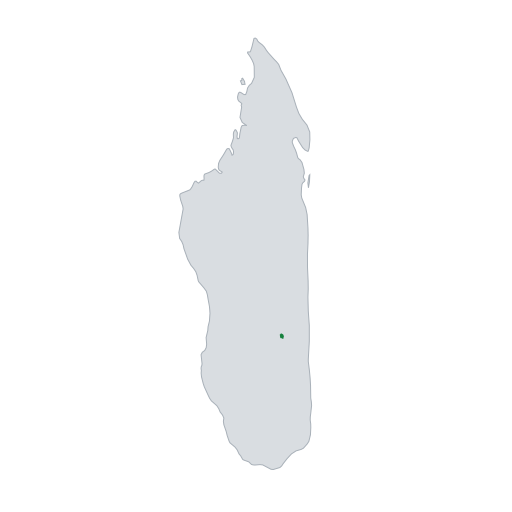 Fianarantsoa I, Haute Matsiatra, Madagascar (highlighted), rotated 345°
{"feature_id": "10022922B21478747844721", "entity_name": "Fianarantsoa I", "entity_type": "district", "adm_level": 2, "iso_a3": "MDG", "parent_name": "Madagascar", "parent_adm1": "Haute Matsiatra", "projection": "equal_earth", "projection_center": [47.084, -21.453], "detail": "fine", "context": "in_parent", "style": "filled", "palette": "green", "viewbox_px": 512, "rotation_deg": 345, "n_neighbors": 0, "source": "geoboundaries", "source_scale": "gbopen_adm2", "svg_char_len": 4174}
<svg xmlns="http://www.w3.org/2000/svg" viewBox="0 0 512 512"><g transform="rotate(345 256 256)"><path d="M318.2,56.5L319.2,59.8L320.5,63.0L324.4,70.7L326.1,73.7L327.5,76.8L328.2,83.1L330.7,92.9L333.0,107.6L333.6,122.6L334.3,129.5L336.1,135.9L339.1,142.7L340.0,150.1L338.1,157.8L335.4,165.1L334.7,166.4L333.5,168.3L332.9,168.2L330.8,166.3L329.1,163.3L326.9,156.1L326.1,152.4L325.2,151.8L322.6,152.1L320.8,154.4L320.4,155.9L320.8,159.9L321.5,163.6L321.8,167.3L321.8,171.9L322.5,173.3L323.5,174.5L324.6,177.6L324.7,184.8L324.1,188.5L322.2,191.7L322.3,193.4L323.0,195.2L322.3,196.3L319.9,197.6L318.9,198.8L317.6,202.0L315.5,208.6L315.2,211.9L316.5,222.0L316.1,229.2L313.3,243.0L311.7,249.5L309.5,257.2L306.2,267.5L302.8,280.3L299.9,293.5L297.9,301.4L295.5,309.2L292.2,322.9L289.5,336.9L285.4,352.2L279.8,369.2L279.2,371.4L278.0,380.1L276.7,387.7L275.2,395.1L272.1,407.4L271.7,411.2L271.0,414.8L268.0,422.5L266.8,425.4L265.9,428.4L265.4,432.3L264.5,436.0L262.3,442.8L259.1,448.7L256.8,450.8L252.1,453.9L249.6,454.5L244.3,454.6L239.1,456.3L233.7,459.7L228.5,463.6L226.5,465.4L224.3,466.5L217.4,466.7L215.3,465.9L208.4,459.5L205.7,458.5L200.7,457.6L199.1,457.0L197.7,456.2L195.7,452.9L191.6,450.1L190.6,449.2L190.0,447.2L189.5,445.1L188.4,442.8L187.6,438.3L186.3,435.2L182.5,429.7L182.1,427.9L181.7,422.0L181.8,418.0L181.3,410.7L181.7,407.3L183.0,404.2L182.5,400.9L181.0,397.4L180.5,393.7L179.4,390.4L175.4,384.4L174.4,381.5L173.8,378.4L172.2,368.9L172.0,365.6L172.1,358.6L172.7,355.0L173.6,352.4L173.8,350.6L174.4,348.9L175.4,347.6L176.0,346.1L177.4,337.1L179.2,335.1L182.0,334.0L184.2,331.6L185.5,328.4L186.7,321.9L190.2,315.4L191.4,311.9L194.2,306.8L196.7,299.5L197.4,296.0L198.0,292.5L198.6,284.8L199.0,280.9L198.9,277.1L197.4,273.2L194.0,266.1L193.8,264.7L194.1,259.5L193.8,255.6L192.5,251.8L190.8,248.2L189.2,241.5L188.3,230.3L188.5,226.3L188.0,222.7L186.8,219.3L187.6,213.3L197.8,191.7L198.1,189.1L197.7,182.5L197.9,178.6L198.2,177.2L199.0,176.4L200.8,176.0L209.2,175.0L210.3,174.3L212.3,172.5L215.2,169.0L216.5,168.0L217.6,168.3L218.4,169.8L219.3,170.7L222.7,169.1L224.0,169.0L225.3,169.3L225.9,167.8L226.3,165.8L226.8,164.4L227.7,163.6L232.1,163.2L234.8,162.6L238.4,161.3L239.2,161.5L242.1,166.5L243.0,166.9L244.1,167.1L245.1,166.2L242.7,163.6L242.4,162.2L242.5,160.5L243.8,156.9L245.9,154.2L250.6,150.0L255.4,145.2L256.8,144.9L258.0,145.6L259.0,151.3L258.8,152.2L259.6,152.4L260.5,151.7L261.3,149.4L261.4,147.5L260.7,145.6L260.4,144.1L260.4,142.7L262.8,139.3L264.8,136.1L265.7,132.3L266.5,130.5L268.5,128.6L269.1,128.9L269.6,130.5L269.9,132.2L269.3,133.9L268.6,135.6L268.3,137.8L269.4,138.2L270.5,137.7L272.1,133.6L274.0,129.8L275.0,127.8L276.4,126.4L278.7,126.7L280.9,127.6L277.3,123.5L276.4,118.0L280.7,108.4L280.7,106.4L281.4,105.8L281.7,105.0L279.4,101.8L279.0,100.2L279.3,97.7L280.4,95.6L281.3,94.1L282.7,93.5L283.8,94.3L286.2,97.0L287.8,97.4L289.7,94.8L291.3,91.6L293.7,89.4L296.4,88.1L300.6,83.0L303.3,72.5L303.5,69.4L302.9,65.7L302.0,62.2L300.4,57.7L300.8,56.8L303.1,57.3L303.8,56.7L306.3,52.8L310.4,45.3L311.7,45.3L312.9,46.7L313.3,48.8L314.1,50.3L316.8,53.8L318.2,56.5ZM289.9,86.1L289.9,87.3L286.8,86.8L286.3,82.8L287.8,82.7L288.2,81.0L289.1,80.8L290.1,84.4L289.9,86.1ZM326.9,198.0L324.3,203.7L325.0,198.9L328.1,192.0L329.0,191.4L326.9,198.0Z" fill="#d9dde1" stroke="#a8b0b8" stroke-width="1"/><path d="M260.5,342.0L260.4,341.7L260.5,341.6L260.8,341.5L261.0,341.4L261.1,341.2L261.0,340.9L260.9,340.9L260.9,340.7L260.7,340.7L260.8,340.6L261.0,340.5L261.1,340.8L261.2,340.7L261.3,340.7L261.3,340.4L261.2,340.4L261.2,340.2L261.3,340.0L261.3,339.9L261.4,339.7L261.3,339.4L261.2,339.4L261.2,339.2L261.0,338.9L260.9,338.9L260.8,338.7L260.7,338.7L260.4,338.5L260.3,338.4L260.2,338.3L260.3,338.3L260.2,338.2L260.1,338.3L260.2,338.5L259.9,338.7L259.9,338.8L260.0,338.8L259.9,338.8L259.7,339.0L259.4,339.1L259.5,339.3L259.4,339.3L259.4,339.5L259.2,339.7L259.2,339.8L259.1,340.0L259.1,340.3L259.1,340.5L259.3,340.5L259.3,340.8L259.3,341.0L259.2,341.1L259.3,341.2L259.2,341.2L259.2,341.3L259.3,341.4L259.3,341.5L259.3,341.4L259.5,341.3L259.8,341.3L259.9,341.5L260.0,341.5L260.2,341.8L260.3,342.0L260.5,342.0Z" fill="#22c55e" stroke="#15803d" stroke-width="1.5"/></g></svg>